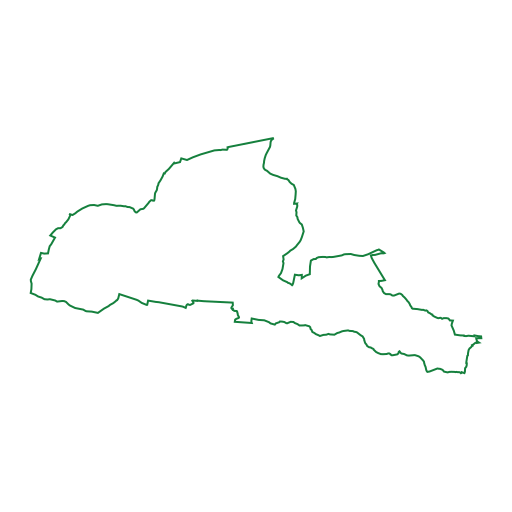 outline of Bontida, Cluj, Romania
{"feature_id": "2599482B64143307562528", "entity_name": "Bontida", "entity_type": "district", "adm_level": 2, "iso_a3": "ROU", "parent_name": "Romania", "parent_adm1": "Cluj", "projection": "equal_earth", "projection_center": [23.849, 46.902], "detail": "fine", "context": "isolated", "style": "outline", "palette": "green", "viewbox_px": 512, "rotation_deg": 0, "n_neighbors": 0, "source": "geoboundaries", "source_scale": "gbopen_adm2", "svg_char_len": 6057}
<svg xmlns="http://www.w3.org/2000/svg" viewBox="0 0 512 512"><path d="M461.4,373.8L461.3,373.3L461.7,372.2L464.4,373.1L464.9,371.8L465.1,368.2L466.3,366.7L466.7,365.2L466.8,363.3L466.3,363.2L466.3,362.3L467.3,355.9L467.9,355.4L468.0,353.3L468.6,350.1L469.5,348.5L471.2,347.1L471.6,346.3L472.5,345.8L472.1,345.1L473.2,344.6L475.0,343.1L476.3,342.4L476.7,343.0L479.0,342.6L477.6,341.7L477.0,341.0L476.4,339.3L476.2,338.2L481.3,338.2L481.1,336.4L478.0,336.1L474.4,335.4L474.3,336.3L468.4,335.7L466.4,336.1L464.2,336.0L464.0,335.5L460.4,335.4L454.9,334.6L453.8,330.7L451.5,325.4L451.9,323.4L452.9,320.6L449.8,320.4L449.2,319.4L448.3,318.5L446.3,318.1L443.8,318.1L442.1,318.8L440.9,317.9L440.2,317.8L438.4,318.2L437.5,318.0L434.4,316.6L432.5,315.4L432.4,314.6L431.3,314.2L429.9,313.2L428.2,312.4L427.5,311.1L426.5,310.4L425.3,310.6L423.2,309.8L422.0,309.9L417.5,309.1L412.6,308.7L411.9,308.2L411.5,307.1L410.3,305.5L409.5,303.6L408.5,302.1L407.2,300.8L406.5,299.7L404.6,297.5L402.8,295.9L402.3,295.0L400.8,293.9L399.9,293.6L399.0,293.6L394.2,295.5L393.0,295.6L391.9,295.3L391.2,294.7L390.4,294.3L388.9,294.1L385.9,294.1L384.1,293.1L382.8,291.3L382.4,289.7L381.5,287.9L379.7,286.4L379.3,285.8L378.5,283.9L378.9,281.9L378.9,281.0L381.3,280.9L384.9,280.2L374.3,262.8L371.7,258.0L370.9,255.5L372.7,255.0L375.1,254.9L380.9,253.3L383.9,253.3L384.5,253.1L383.7,252.4L378.9,249.5L378.0,249.9L376.8,250.2L368.0,254.3L362.9,256.0L359.3,255.8L354.2,255.0L350.8,254.0L345.5,254.2L344.0,254.4L341.8,255.4L333.6,256.9L331.5,257.1L329.5,257.0L327.6,257.2L326.8,257.4L325.4,257.0L322.8,256.9L318.6,257.2L316.7,258.0L315.8,259.0L313.6,259.1L310.9,260.6L310.0,266.5L309.8,274.2L305.9,275.6L301.7,278.3L301.8,274.9L298.8,275.3L294.9,274.7L293.2,283.0L292.5,284.8L292.1,285.2L290.8,284.1L289.5,283.3L287.9,282.8L287.3,282.2L283.0,280.3L278.4,277.0L278.9,275.9L281.0,273.1L282.5,269.0L283.5,263.1L282.9,261.4L283.6,259.5L283.1,256.1L287.4,253.2L289.5,251.5L290.2,250.7L293.1,249.0L295.9,246.6L297.0,245.1L299.7,241.8L300.6,240.3L301.8,237.3L303.7,231.4L302.9,227.8L301.8,224.5L299.9,223.0L299.3,222.2L297.6,218.8L297.4,217.2L296.3,215.5L296.5,212.2L296.0,210.5L297.2,206.6L297.3,205.3L297.2,204.8L296.6,204.2L297.0,203.5L294.1,203.8L294.1,203.0L295.2,199.1L295.6,194.7L295.8,191.3L295.4,188.9L293.8,185.0L291.5,183.7L289.7,182.0L288.4,180.0L286.8,179.1L286.8,178.8L285.0,178.8L280.9,177.7L277.5,176.2L273.1,174.9L270.2,173.6L267.0,170.8L265.2,169.9L264.4,169.1L263.6,167.8L263.4,166.7L263.5,164.9L264.0,162.7L264.1,161.1L264.7,158.3L265.8,154.9L266.8,152.9L270.0,146.9L270.3,145.5L270.6,142.2L270.9,141.1L271.8,139.7L273.1,138.8L272.9,138.2L228.1,147.1L227.6,147.3L227.8,147.7L227.6,148.6L227.2,149.6L226.7,149.8L222.6,149.6L220.4,150.1L219.3,150.0L214.4,150.4L200.7,154.4L192.9,157.3L187.0,160.0L181.3,158.4L180.0,162.1L174.5,163.4L174.1,162.8L168.8,169.0L165.5,172.0L164.7,173.6L164.3,173.6L163.8,173.4L162.6,176.5L160.4,180.5L158.5,183.3L158.3,184.7L157.2,187.1L157.2,188.0L156.8,190.1L155.3,192.7L155.0,193.7L154.6,198.3L154.4,199.9L154.1,200.6L153.1,200.7L152.0,200.2L151.1,200.2L149.3,201.8L148.5,203.0L144.0,208.3L143.3,208.8L140.4,209.3L136.9,212.4L136.1,212.5L134.7,211.4L133.8,209.4L133.1,208.6L129.6,207.1L127.6,207.0L125.3,206.2L124.2,206.3L120.4,205.7L116.4,205.8L114.0,205.2L107.7,204.2L106.1,204.1L101.9,204.4L97.8,205.8L94.1,205.0L90.1,205.2L88.2,205.8L82.3,208.5L77.3,211.6L75.3,213.3L72.7,214.9L72.4,215.0L69.2,213.9L70.5,214.9L68.4,219.3L66.1,222.2L65.1,223.1L64.2,224.6L63.4,225.3L62.5,227.0L60.5,228.2L58.1,228.2L56.0,229.3L52.8,232.5L50.3,235.5L55.0,237.6L51.2,244.3L49.7,246.2L48.8,249.5L48.0,253.4L44.2,253.6L41.0,252.9L39.2,258.8L39.9,258.3L40.8,258.3L35.9,269.1L32.4,275.9L30.8,279.6L30.9,281.2L31.6,283.6L31.4,289.1L30.7,293.0L35.4,294.8L38.1,296.5L41.6,297.6L44.4,299.2L47.5,299.5L49.9,299.2L55.2,300.5L57.1,301.6L62.1,301.0L64.1,301.1L66.0,301.9L68.6,304.5L69.9,305.5L75.1,308.0L83.2,309.6L85.6,311.0L86.7,311.3L91.7,311.6L97.9,312.9L104.0,308.6L108.6,306.1L110.0,304.9L113.3,303.1L115.8,301.1L116.5,300.3L117.1,300.2L118.2,298.5L119.3,294.1L136.6,299.8L138.4,300.6L141.7,302.9L146.6,304.9L147.2,304.8L148.1,300.6L155.7,301.9L158.8,302.2L181.8,306.4L183.0,306.7L185.7,307.9L186.1,306.8L186.2,306.0L186.8,304.9L187.4,304.4L187.9,304.2L189.3,304.9L190.2,304.9L193.4,303.3L193.5,302.7L192.3,300.7L192.6,300.5L197.4,300.9L197.5,300.5L198.1,300.7L203.9,301.2L232.7,302.6L232.9,305.2L231.4,307.6L231.4,308.2L232.2,309.1L232.9,308.9L232.9,310.0L233.4,310.1L234.3,310.9L236.6,311.0L237.1,311.4L237.3,312.7L237.6,313.1L237.8,314.9L239.0,317.2L238.9,317.6L238.6,318.0L236.4,318.8L235.2,319.6L235.1,319.9L234.8,321.8L251.8,323.0L251.4,321.9L251.4,320.6L251.7,318.5L258.5,319.9L264.3,320.3L269.0,322.2L270.5,323.4L274.8,324.6L275.8,323.4L279.3,322.2L279.9,321.5L282.0,321.6L284.3,322.0L286.2,323.1L287.1,323.3L290.7,321.8L293.5,322.0L294.7,323.0L297.5,324.1L299.5,325.5L304.2,325.4L305.1,325.1L309.3,326.3L310.2,327.2L310.6,329.0L311.6,330.0L312.4,332.0L314.4,333.0L315.8,334.1L318.7,335.3L319.9,336.0L323.4,334.9L326.3,334.7L328.5,333.9L329.9,334.4L334.4,334.7L337.3,333.0L339.3,332.5L341.8,331.4L343.4,331.0L348.1,330.4L349.5,330.9L352.9,331.1L354.1,331.7L356.0,332.0L357.0,332.4L360.6,335.2L362.6,336.4L364.1,338.9L364.3,340.5L364.6,341.0L364.7,341.7L365.4,343.4L366.3,344.3L367.2,346.0L369.0,347.2L370.8,347.5L371.6,348.1L372.8,348.6L373.6,349.2L373.7,349.7L376.1,352.0L378.0,353.0L380.8,354.1L383.0,354.2L386.7,354.0L388.0,353.5L389.1,353.4L390.1,353.9L390.5,354.2L390.5,354.5L391.4,355.1L391.8,355.3L393.0,355.2L397.2,354.4L398.3,353.5L398.8,351.8L399.5,351.3L400.6,352.8L401.4,353.5L404.1,354.0L407.0,355.4L408.8,355.6L414.6,355.1L415.2,355.2L418.3,356.2L419.3,356.7L420.3,357.5L423.3,360.7L424.0,361.8L424.2,363.2L424.5,364.0L424.6,364.7L425.6,367.0L426.2,369.9L426.9,371.4L427.4,371.9L429.6,371.5L437.4,368.5L439.1,368.8L439.9,368.8L441.8,369.5L442.8,370.1L444.0,371.6L444.4,371.7L447.6,372.4L449.4,371.9L451.4,371.8L454.4,371.9L455.5,372.1L456.5,371.9L457.2,372.1L459.5,372.2L460.5,372.7L461.4,373.8Z" fill="none" stroke="#15803d" stroke-width="2"/></svg>